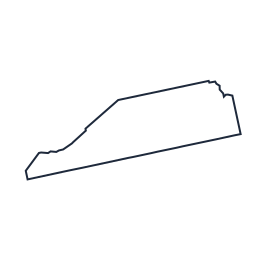 outline of Greenlee, Arizona, United States of America, rotated 78°
{"feature_id": "52423323B93647130667122", "entity_name": "Greenlee", "entity_type": "district", "adm_level": 2, "iso_a3": "USA", "parent_name": "United States of America", "parent_adm1": "Arizona", "projection": "natural_earth1", "projection_center": [-109.179, 33.102], "detail": "fine", "context": "isolated", "style": "outline", "palette": "slate", "viewbox_px": 256, "rotation_deg": 78, "n_neighbors": 0, "source": "geoboundaries", "source_scale": "gbopen_adm2", "svg_char_len": 707}
<svg xmlns="http://www.w3.org/2000/svg" viewBox="0 0 256 256"><g transform="rotate(78 128 128)"><path d="M157.4,19.1L118.0,19.2L116.1,23.3L115.8,25.5L117.3,27.7L114.0,27.7L109.5,30.3L105.7,29.6L103.1,32.3L100.7,33.1L100.5,39.0L98.7,39.3L98.6,131.8L119.8,169.7L121.8,169.8L130.5,184.7L131.4,186.0L135.5,195.9L135.6,200.2L136.5,203.1L134.8,208.6L135.9,211.4L133.9,218.1L133.9,220.3L148.6,236.9L157.4,236.9L157.3,201.3L157.3,195.8L157.3,195.0L157.3,194.4L157.3,193.8L157.4,180.3L157.4,180.2L157.3,133.4L157.4,129.6L157.4,122.3L157.4,122.2L157.4,110.8L157.3,104.2L157.4,85.6L157.4,85.0L157.4,84.4L157.4,84.0L157.3,78.4L157.4,43.8L157.3,25.3L157.4,19.1Z" fill="none" stroke="#1e293b" stroke-width="2"/></g></svg>